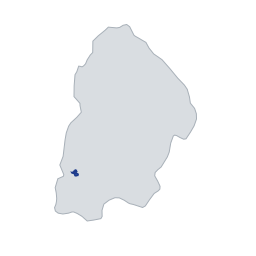 Chongshing, Pemagatsel, Bhutan (highlighted), rotated 104°
{"feature_id": "84629894B45511376632903", "entity_name": "Chongshing", "entity_type": "district", "adm_level": 2, "iso_a3": "BTN", "parent_name": "Bhutan", "parent_adm1": "Pemagatsel", "projection": "equal_earth", "projection_center": [91.349, 26.998], "detail": "fine", "context": "in_parent", "style": "filled", "palette": "blue", "viewbox_px": 256, "rotation_deg": 104, "n_neighbors": 0, "source": "geoboundaries", "source_scale": "gbopen_adm2", "svg_char_len": 2784}
<svg xmlns="http://www.w3.org/2000/svg" viewBox="0 0 256 256"><g transform="rotate(104 128 128)"><path d="M201.0,107.6L200.7,109.4L199.0,114.2L197.9,119.5L198.8,123.8L202.6,128.9L207.7,133.0L214.2,133.3L220.1,131.7L222.5,132.4L225.7,139.2L228.1,145.1L224.9,151.2L223.2,156.6L222.6,160.4L223.0,162.0L225.0,165.1L227.2,170.4L227.5,175.2L226.1,178.4L223.0,180.0L219.8,179.5L217.1,179.6L213.7,180.1L208.4,181.9L203.5,184.2L194.2,183.8L190.5,179.0L188.8,179.0L180.4,185.2L171.2,184.1L154.6,186.2L147.6,186.7L140.5,186.0L136.8,184.7L130.1,180.3L124.0,177.1L117.8,180.0L115.7,180.6L110.6,188.0L99.9,190.5L89.1,192.3L85.9,191.3L79.9,190.8L79.7,189.1L79.8,187.4L78.5,186.1L76.0,184.7L71.8,184.1L66.4,182.3L63.3,180.5L52.2,183.1L45.8,179.2L38.6,173.8L34.9,171.5L33.6,163.1L32.4,160.4L29.5,157.6L27.9,154.3L29.3,150.9L36.6,144.6L37.2,143.1L40.6,131.3L45.3,127.0L49.9,121.0L53.5,111.5L60.2,101.8L67.6,91.8L72.7,83.7L76.1,79.9L83.0,75.9L88.8,73.5L92.9,68.1L97.7,65.1L102.7,63.7L110.0,64.4L116.9,66.4L124.5,69.1L125.4,71.3L124.7,75.1L123.6,79.0L123.6,81.0L124.7,82.1L132.2,82.9L141.3,82.2L146.4,82.8L157.8,86.4L161.1,88.9L164.6,90.9L168.0,90.5L172.3,86.4L176.8,82.8L179.6,82.3L181.6,83.4L185.2,86.8L192.7,89.9L199.4,92.3L201.6,94.6L200.9,104.4L201.0,107.6Z" fill="#d9dde1" stroke="#a8b0b8" stroke-width="1"/><path d="M181.5,168.6L181.7,168.8L181.7,169.0L181.8,169.0L182.0,169.2L182.2,168.9L182.3,168.9L182.5,168.9L182.8,168.9L182.8,169.0L183.0,169.1L183.1,169.3L183.3,169.4L183.3,169.5L183.5,169.5L183.8,169.7L183.8,169.8L184.0,169.9L183.9,170.0L184.0,170.0L184.1,170.3L184.1,170.5L184.2,170.8L184.3,170.9L184.4,171.0L184.5,171.0L184.6,171.3L184.7,171.5L184.8,171.6L184.8,171.8L184.9,171.7L185.0,171.7L185.0,171.4L185.0,171.2L185.2,170.9L185.2,170.7L185.2,170.4L185.2,170.2L185.1,169.9L185.1,169.7L185.0,169.4L184.9,169.4L184.7,169.3L184.7,169.2L184.8,169.2L184.9,168.9L185.0,168.8L185.2,168.7L185.3,168.7L185.5,168.7L185.6,168.8L185.8,168.8L185.9,168.7L186.0,168.6L186.1,168.4L186.2,168.2L186.3,168.1L186.5,168.1L186.8,168.1L187.0,167.9L187.1,167.7L187.1,167.4L187.0,167.2L186.9,166.9L186.9,166.7L186.7,166.6L186.7,166.4L186.6,166.2L186.5,165.9L186.4,165.8L186.2,165.7L186.0,165.4L186.0,165.2L185.9,165.2L185.7,165.2L185.4,165.1L185.2,165.1L185.0,165.3L184.9,165.4L184.8,165.5L184.7,165.5L184.6,165.8L184.6,166.0L184.6,166.3L184.7,166.5L184.7,166.8L184.7,167.2L184.7,167.3L184.7,167.5L184.8,167.5L184.7,167.7L184.7,167.8L184.6,168.0L184.5,167.9L184.4,167.9L184.2,167.8L183.9,167.8L183.8,167.7L183.7,167.7L183.4,167.5L183.3,167.4L183.2,167.3L182.9,167.2L182.7,167.2L182.7,167.3L182.6,167.5L182.4,167.8L182.4,168.0L182.3,168.3L182.3,168.2L182.2,168.1L182.1,167.9L181.9,167.9L181.7,167.9L181.7,168.0L181.6,168.3L181.6,168.5L181.5,168.6Z" fill="#3b82f6" stroke="#1e3a8a" stroke-width="1.5"/></g></svg>